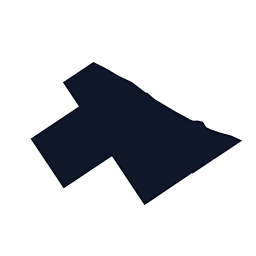 outline of Sarasota, Florida, United States of America, rotated 146°
{"feature_id": "52423323B35059140048006", "entity_name": "Sarasota", "entity_type": "district", "adm_level": 2, "iso_a3": "USA", "parent_name": "United States of America", "parent_adm1": "Florida", "projection": "mercator", "projection_center": [-82.437, 27.168], "detail": "fine", "context": "isolated", "style": "filled", "palette": "ink", "viewbox_px": 256, "rotation_deg": 146, "n_neighbors": 0, "source": "geoboundaries", "source_scale": "gbopen_adm2", "svg_char_len": 614}
<svg xmlns="http://www.w3.org/2000/svg" viewBox="0 0 256 256"><g transform="rotate(146 128 128)"><path d="M214.3,114.7L157.4,114.4L156.3,113.8L156.7,55.6L102.5,55.6L100.1,55.7L99.7,55.7L99.3,55.7L99.3,54.9L98.8,54.9L77.2,54.8L74.5,54.8L70.9,54.7L70.7,54.7L66.3,54.7L41.7,54.5L47.3,63.6L55.0,72.4L61.4,81.1L63.4,84.7L63.3,89.1L63.2,91.0L66.4,94.5L70.5,97.1L72.1,99.3L80.0,114.7L80.1,114.8L84.4,123.9L90.5,136.8L92.9,145.9L94.0,146.8L95.4,150.4L99.7,163.4L107.5,176.6L113.0,188.4L120.3,201.3L155.7,201.5L155.8,172.5L209.1,172.8L214.0,172.8L214.3,114.7Z" fill="#0f172a" stroke="#020617" stroke-width="1.5"/></g></svg>